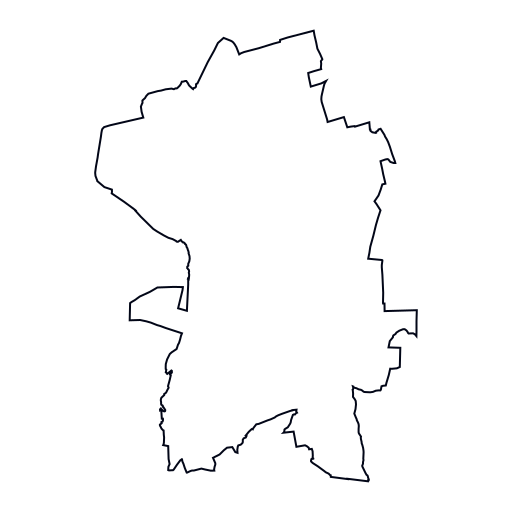 Todiresti, Vaslui, Romania (Albers equal-area conic projection)
{"feature_id": "2599482B7310026147144", "entity_name": "Todiresti", "entity_type": "district", "adm_level": 2, "iso_a3": "ROU", "parent_name": "Romania", "parent_adm1": "Vaslui", "projection": "albers", "projection_center": [27.385, 46.85], "detail": "fine", "context": "isolated", "style": "outline", "palette": "ink", "viewbox_px": 512, "rotation_deg": 0, "n_neighbors": 0, "source": "geoboundaries", "source_scale": "gbopen_adm2", "svg_char_len": 6037}
<svg xmlns="http://www.w3.org/2000/svg" viewBox="0 0 512 512"><path d="M368.4,480.8L368.8,480.1L368.8,479.4L368.1,477.7L367.8,476.2L367.4,475.4L366.5,474.8L365.5,473.0L362.4,466.6L362.2,465.8L363.0,463.7L363.0,462.1L363.5,460.1L363.3,458.7L363.6,452.2L363.5,450.6L363.1,447.9L362.3,444.9L361.7,443.3L361.6,441.9L360.9,438.9L360.8,437.4L361.0,436.6L358.9,433.4L358.6,432.2L358.6,428.9L358.8,426.0L358.6,424.2L358.0,422.5L356.8,420.2L356.7,419.3L355.8,417.3L354.3,413.6L355.5,409.1L356.0,404.4L355.7,401.0L354.8,399.3L353.0,396.9L353.1,393.6L352.8,390.2L352.6,389.8L353.0,389.4L353.3,387.9L352.9,386.4L353.4,386.6L353.4,387.2L353.8,387.6L356.4,388.2L358.6,389.3L360.9,389.8L362.0,390.4L363.6,391.7L364.5,392.0L370.1,392.3L372.9,391.9L375.8,390.7L378.4,390.4L380.4,390.4L380.9,389.6L381.5,386.3L382.9,385.8L385.8,385.5L386.5,382.6L388.8,375.0L390.2,368.7L391.8,368.8L396.0,368.4L396.9,368.3L399.8,367.0L400.3,347.8L388.5,347.4L389.8,341.1L392.9,337.3L393.0,336.2L393.4,335.4L395.5,334.0L396.4,332.6L399.3,330.7L403.1,329.2L404.7,329.2L406.4,330.4L407.5,331.8L408.1,333.0L408.6,333.5L413.0,333.3L414.9,334.3L416.4,336.1L416.5,331.9L416.5,321.1L416.8,310.2L384.6,311.1L384.5,303.5L383.1,303.5L383.0,302.9L383.2,292.8L382.4,274.9L381.8,267.3L381.8,265.0L382.4,260.6L382.3,260.2L381.9,260.0L368.2,258.7L369.4,252.8L370.3,246.7L373.3,235.9L376.0,224.8L378.1,217.6L380.5,210.3L376.4,203.9L374.5,201.3L378.5,195.5L380.7,189.6L382.3,184.4L385.4,183.7L384.9,181.3L383.2,174.2L382.2,169.0L380.5,161.2L385.3,159.5L387.3,159.1L387.9,159.2L388.5,159.6L390.3,161.9L393.6,163.0L395.3,163.0L394.9,161.4L392.1,153.9L389.9,146.8L388.1,142.0L386.5,138.8L385.1,136.6L384.4,134.8L380.6,128.8L378.5,129.5L378.0,130.6L376.2,131.7L376.2,132.7L375.7,132.9L372.4,132.3L370.6,131.0L370.4,129.5L369.9,129.5L369.3,122.3L355.1,126.6L355.0,126.2L354.7,126.1L350.8,126.6L347.3,127.3L343.9,117.1L327.6,122.0L327.1,119.4L321.7,102.0L321.3,99.2L321.5,96.4L322.0,94.0L324.0,85.4L324.6,83.5L326.1,80.9L321.3,83.4L310.8,86.6L308.8,77.1L308.2,73.0L313.8,71.2L321.2,69.1L320.9,67.8L321.2,63.6L320.9,61.2L321.4,60.4L322.3,59.5L322.3,59.1L320.1,54.0L317.4,48.7L316.2,42.6L314.5,35.4L313.7,30.7L287.6,37.5L280.1,39.9L280.0,41.9L273.6,43.6L258.8,48.2L244.2,52.0L241.1,53.2L239.2,54.4L236.4,47.2L234.7,44.3L233.3,42.5L232.3,41.6L230.9,40.8L223.6,37.9L217.9,43.0L214.2,50.5L207.7,62.2L197.4,83.5L196.5,83.8L196.1,84.1L196.0,84.6L196.1,85.9L195.8,87.0L195.1,87.7L193.6,88.1L193.1,89.1L192.4,88.6L189.4,85.8L188.5,84.5L188.1,83.5L186.3,81.0L185.2,81.0L183.2,81.6L181.8,81.7L180.8,84.1L179.7,85.7L177.5,87.9L176.8,88.4L175.4,88.4L173.9,89.2L171.5,88.6L165.7,89.3L161.0,90.6L157.8,91.1L148.4,93.7L146.3,95.9L145.0,98.1L142.6,100.3L142.4,100.6L142.5,102.9L142.0,103.8L140.9,106.6L141.6,111.8L143.3,117.6L110.0,125.3L104.1,127.1L102.4,128.9L101.9,130.2L101.4,132.9L100.9,136.8L98.1,153.9L97.6,157.6L96.0,166.4L95.2,172.3L95.2,173.3L95.5,176.0L97.2,180.5L97.3,181.1L104.4,187.1L111.9,189.6L112.0,191.8L111.7,193.4L124.1,201.8L134.8,209.7L135.7,210.5L135.4,210.7L140.7,216.6L153.2,228.9L157.3,231.6L163.8,235.4L168.4,237.8L172.6,239.1L176.1,241.0L176.6,241.6L177.9,241.8L180.8,239.9L181.8,241.5L182.7,241.9L183.1,242.5L183.8,242.5L184.4,242.9L185.0,243.6L185.1,244.1L185.7,244.4L186.1,244.9L186.7,247.2L187.4,248.2L187.7,249.4L188.1,250.6L188.4,251.1L188.5,251.9L188.7,252.4L188.6,253.4L189.5,256.1L189.7,258.7L189.3,261.3L188.2,263.9L188.3,265.7L187.3,266.6L187.2,268.1L187.7,268.5L188.1,269.3L188.7,269.7L189.0,270.6L189.1,271.6L188.8,272.6L189.2,274.8L189.0,277.2L188.3,277.8L188.0,278.7L188.8,278.8L188.6,280.0L188.2,280.1L188.2,284.5L186.9,310.8L178.1,308.3L182.5,290.2L182.9,287.1L173.9,286.9L157.4,287.5L150.0,291.8L139.8,296.5L134.7,300.2L131.4,302.1L130.1,303.1L129.7,320.3L140.1,320.0L146.2,321.3L150.8,322.6L157.1,325.1L160.3,326.0L165.7,328.0L182.0,333.3L181.0,335.8L180.0,339.8L179.0,343.0L178.0,344.7L176.6,349.0L171.7,352.3L169.8,354.0L167.1,359.4L165.8,364.0L165.7,366.4L165.7,369.0L166.3,369.6L165.8,372.3L166.4,372.6L166.8,373.6L167.2,373.9L171.4,370.5L171.8,370.8L171.9,372.4L171.6,372.9L169.9,373.9L169.9,374.5L170.8,375.2L169.7,380.0L168.0,386.2L168.6,387.5L168.5,388.0L167.4,389.9L166.3,392.2L165.8,392.9L164.2,394.0L164.2,395.1L161.4,397.7L160.9,399.2L160.8,400.4L161.1,402.1L161.1,403.8L161.3,404.7L162.7,405.6L162.8,406.8L163.3,407.0L165.2,409.9L165.2,410.8L165.0,411.2L164.3,411.4L163.2,411.0L160.8,408.5L160.0,409.4L160.1,410.4L160.9,410.0L161.3,410.4L161.8,418.7L162.9,418.7L163.0,419.4L162.9,420.7L162.5,421.6L161.4,422.1L161.4,422.7L161.6,423.3L159.9,424.6L159.9,425.2L160.0,425.7L160.6,426.7L161.5,428.6L163.1,430.3L163.6,430.5L163.8,434.8L164.1,437.4L163.9,442.7L163.6,444.2L163.2,445.1L168.2,446.1L168.6,459.1L169.6,464.1L168.4,466.8L168.2,470.1L169.0,470.4L173.0,470.2L173.7,469.6L177.0,464.7L180.3,460.3L181.9,459.2L182.0,459.3L182.4,461.5L183.4,463.7L184.8,468.0L186.7,472.6L187.1,472.6L190.5,471.0L192.1,470.5L194.0,470.5L201.4,468.6L205.1,469.5L210.9,470.7L214.3,470.6L214.1,469.4L214.6,466.7L215.3,464.6L215.3,463.2L213.0,457.8L219.6,454.5L223.8,450.3L227.0,447.7L232.3,447.1L235.3,452.1L237.5,452.8L237.3,449.8L237.8,446.5L238.3,445.4L240.7,444.7L242.4,443.1L242.8,442.1L242.8,439.7L243.7,438.3L245.8,437.5L246.5,436.0L245.7,435.6L248.7,431.9L251.0,429.7L251.9,429.0L252.8,429.3L252.9,428.8L253.8,427.5L256.3,424.3L258.7,423.9L267.5,420.4L270.5,419.4L274.7,417.5L276.2,416.3L278.4,415.2L282.0,413.8L290.3,410.9L292.4,410.4L292.4,410.1L296.5,409.7L296.2,411.4L297.0,412.7L296.1,413.1L294.9,414.5L293.9,414.4L292.9,414.9L291.1,420.0L290.7,422.3L290.2,423.6L287.8,427.3L285.3,428.8L284.5,429.5L284.3,431.4L283.8,432.4L283.5,432.7L293.6,431.6L296.4,446.8L305.0,445.3L306.7,446.1L308.7,447.7L309.1,449.3L311.8,448.9L312.6,451.3L312.8,455.8L312.6,457.7L313.3,458.4L313.3,458.7L313.0,458.8L311.8,458.9L311.4,459.1L311.0,460.7L311.0,461.2L311.3,461.7L312.7,463.0L317.8,466.3L324.2,471.0L325.8,472.3L328.6,473.6L330.4,475.4L330.7,475.4L330.8,476.9L347.8,479.1L347.7,478.8L368.0,481.3L368.1,480.6L368.4,480.8Z" fill="none" stroke="#020617" stroke-width="2"/></svg>